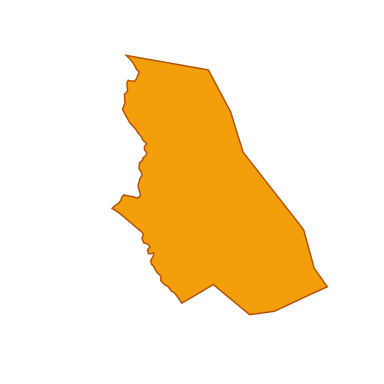 the district of Juazeirinho, Paraíba, Brazil, rotated 329°
{"feature_id": "56859067B91573865161929", "entity_name": "Juazeirinho", "entity_type": "district", "adm_level": 2, "iso_a3": "BRA", "parent_name": "Brazil", "parent_adm1": "Paraíba", "projection": "equal_earth", "projection_center": [-36.608, -7.042], "detail": "fine", "context": "isolated", "style": "filled", "palette": "amber", "viewbox_px": 384, "rotation_deg": 329, "n_neighbors": 0, "source": "geoboundaries", "source_scale": "gbopen_adm2", "svg_char_len": 1291}
<svg xmlns="http://www.w3.org/2000/svg" viewBox="0 0 384 384"><g transform="rotate(329 192 192)"><path d="M126.0,282.0L144.3,282.2L162.6,282.3L166.0,292.1L175.3,318.6L178.3,326.9L201.3,336.7L237.4,340.4L259.1,342.9L257.5,320.0L268.2,282.0L267.4,274.7L260.2,216.0L256.3,184.3L257.0,181.4L266.4,142.9L268.9,95.8L206.0,41.1L207.3,46.0L207.9,50.2L207.9,54.4L207.6,58.3L208.5,61.8L205.2,64.5L202.9,66.2L200.0,67.6L196.9,65.4L194.7,63.4L192.7,64.7L190.9,67.9L189.3,71.5L186.9,73.1L184.4,73.4L182.4,77.3L180.4,81.1L175.0,85.3L174.3,100.8L175.3,105.2L176.1,108.8L176.1,112.4L176.9,117.9L176.7,122.5L178.1,127.4L174.6,128.5L173.1,131.1L173.3,135.1L171.3,137.0L167.8,137.4L165.9,139.2L162.1,140.0L160.4,142.2L158.7,144.5L158.7,149.1L157.7,152.0L154.2,153.7L151.8,156.1L149.9,157.7L148.2,160.5L147.5,164.3L145.9,168.7L142.0,169.1L139.1,165.7L135.1,162.4L132.2,159.4L129.2,160.3L127.0,162.2L123.7,163.8L120.5,164.0L117.9,164.3L115.1,164.9L118.7,172.3L128.7,201.5L127.5,204.8L125.2,205.7L124.5,210.8L127.5,214.1L127.5,217.7L124.1,218.6L122.9,222.5L125.1,223.8L127.7,224.4L125.8,227.1L121.4,229.4L120.1,233.1L121.0,236.3L120.5,240.0L120.7,243.3L122.0,248.1L119.6,252.0L120.8,257.6L122.8,260.6L123.1,266.0L125.0,269.5L125.7,276.0L126.0,282.0Z" fill="#f59e0b" stroke="#b45309" stroke-width="1.5"/></g></svg>